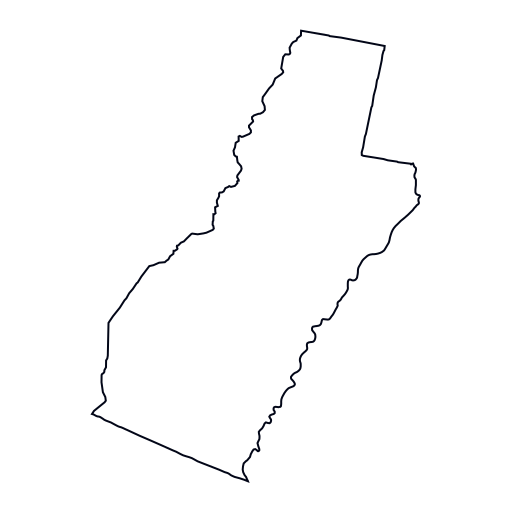 Nueva Concepción, Escuintla, Guatemala
{"feature_id": "79465075B35747325654374", "entity_name": "Nueva Concepción", "entity_type": "district", "adm_level": 2, "iso_a3": "GTM", "parent_name": "Guatemala", "parent_adm1": "Escuintla", "projection": "albers", "projection_center": [-91.282, 14.129], "detail": "fine", "context": "isolated", "style": "outline", "palette": "ink", "viewbox_px": 512, "rotation_deg": 0, "n_neighbors": 0, "source": "geoboundaries", "source_scale": "gbopen_adm2", "svg_char_len": 6085}
<svg xmlns="http://www.w3.org/2000/svg" viewBox="0 0 512 512"><path d="M416.6,205.4L417.2,204.9L418.0,204.4L418.5,203.9L418.9,203.1L418.8,202.1L418.4,200.9L418.4,200.2L418.4,199.0L418.8,198.2L419.2,197.5L419.7,197.0L420.0,196.3L419.8,195.6L419.3,195.2L418.4,195.1L417.1,194.6L416.2,193.9L415.8,193.3L415.4,192.3L415.4,189.3L415.9,185.1L415.9,182.7L415.9,181.6L415.9,180.9L415.9,179.9L415.5,178.8L415.0,178.1L414.5,177.2L414.4,175.7L414.5,174.8L414.6,174.2L415.1,173.3L415.5,172.2L415.8,170.9L416.0,169.8L416.0,169.0L415.7,167.8L414.9,167.2L414.1,166.3L413.8,165.5L413.1,163.5L412.2,163.6L411.5,164.3L410.8,164.3L410.4,163.7L398.1,162.2L397.0,161.6L387.8,160.3L383.3,159.0L363.3,155.8L361.8,155.1L361.7,152.3L363.1,147.4L364.9,136.5L365.9,134.0L371.4,107.3L372.2,105.9L373.7,95.6L375.9,87.3L377.0,80.1L378.0,78.0L381.7,60.5L382.4,55.0L383.5,51.0L384.2,50.2L384.7,46.0L341.1,37.6L329.6,36.1L328.8,35.5L301.1,30.7L300.9,35.5L297.4,38.1L296.4,40.6L293.3,42.0L291.8,43.6L289.6,47.7L289.8,50.1L290.3,52.9L289.9,53.8L288.8,54.5L285.3,54.3L283.2,56.9L281.2,68.5L283.0,70.9L283.2,72.3L281.8,73.9L275.2,78.5L272.7,84.6L269.1,88.4L264.4,95.0L262.8,97.1L262.3,101.2L264.6,106.2L264.9,109.9L263.0,112.2L260.2,113.7L258.5,113.8L254.0,115.4L252.0,117.1L252.1,119.2L252.9,120.2L253.1,121.5L249.0,125.6L249.0,127.3L250.9,130.4L250.9,132.4L249.4,133.9L242.9,136.7L241.6,136.9L239.8,135.9L238.6,136.5L238.7,140.9L235.7,142.8L235.0,147.3L233.5,150.7L234.2,154.9L235.7,156.4L236.9,156.7L237.3,160.4L237.7,162.4L239.1,163.9L241.1,166.3L241.6,168.7L241.0,170.6L237.4,175.4L237.2,176.3L237.1,177.1L238.7,180.0L238.7,180.7L238.0,180.7L237.2,181.4L237.4,183.1L234.9,185.9L231.0,186.9L229.2,186.1L228.2,186.9L225.4,188.1L223.7,191.4L222.0,192.4L219.7,192.6L219.1,193.5L219.1,196.3L218.3,198.0L216.9,200.3L216.9,202.7L217.8,205.9L215.1,207.3L215.3,211.6L215.6,213.2L214.3,214.3L213.4,214.2L213.3,220.7L212.8,221.4L212.6,224.8L213.3,225.9L213.8,228.6L212.7,229.9L206.4,232.7L203.4,233.4L197.7,234.3L192.2,233.6L191.3,234.0L186.9,238.3L183.9,241.4L180.9,242.7L178.3,245.4L177.0,245.7L176.8,246.7L177.5,248.7L177.1,249.3L174.8,250.8L173.6,250.8L173.4,253.8L170.1,256.2L168.3,259.5L166.6,260.6L164.8,262.2L159.1,262.7L153.4,265.2L149.3,266.1L141.4,276.5L137.7,282.5L136.6,283.3L132.8,289.0L129.2,293.2L126.4,298.3L124.5,300.3L119.8,307.7L112.9,316.3L109.6,321.2L108.5,322.9L107.8,355.7L107.3,358.5L106.1,360.4L106.0,367.3L104.4,370.2L104.3,371.9L103.4,373.2L102.2,373.9L101.6,375.0L101.5,382.3L102.9,392.2L105.3,397.0L105.8,400.7L104.6,402.3L101.0,405.2L94.0,410.9L92.0,414.0L93.6,414.5L96.1,415.9L96.6,416.1L97.4,416.4L98.0,416.5L99.0,416.6L100.3,417.1L101.1,417.6L102.0,418.2L102.8,418.7L104.3,419.8L106.0,420.6L111.0,422.5L113.9,424.1L116.7,425.6L118.3,426.4L119.7,426.9L121.2,427.3L123.3,428.2L125.6,429.3L127.0,429.9L139.5,435.7L149.7,440.1L160.6,444.9L172.9,450.4L176.1,451.7L180.2,453.9L183.1,455.3L186.2,456.3L189.0,457.1L191.8,458.1L194.2,459.4L197.6,461.3L203.7,463.7L219.1,469.7L224.6,472.1L227.5,473.0L228.5,473.5L229.5,474.1L230.6,475.0L231.9,475.7L234.6,476.9L239.8,478.3L244.3,479.8L248.0,481.3L247.8,480.7L247.2,479.7L246.1,477.0L244.6,475.1L243.2,472.2L242.7,469.6L243.0,466.4L243.7,463.4L245.9,461.2L247.2,460.3L250.0,457.0L250.8,454.2L252.3,451.3L253.6,449.5L255.2,449.1L256.5,449.9L257.7,451.1L258.6,451.1L259.3,450.3L259.3,449.1L258.3,446.2L257.5,443.1L258.4,441.1L259.4,439.1L259.5,437.1L259.5,435.9L259.0,433.7L258.8,431.9L259.9,430.4L262.1,428.4L263.5,426.1L264.6,423.5L265.9,422.4L267.9,423.0L269.6,423.2L270.6,422.3L271.1,420.8L271.0,419.5L269.8,417.7L269.3,416.7L270.1,415.4L271.6,414.6L273.7,414.0L274.7,413.1L274.7,411.6L273.6,409.9L273.6,408.2L274.2,407.2L275.4,406.8L277.2,407.0L278.6,407.2L279.5,406.9L280.4,406.8L280.9,406.2L281.1,404.9L281.2,403.7L281.2,401.2L281.3,400.2L281.4,399.3L281.8,398.2L282.1,397.3L282.6,396.3L284.3,393.2L285.7,391.2L286.7,390.0L288.0,388.7L288.8,388.1L290.9,387.2L292.0,386.8L292.9,386.4L293.5,386.2L294.3,385.4L294.8,384.6L294.8,383.8L294.5,383.0L294.1,382.3L293.6,381.5L293.1,380.9L292.3,380.0L291.7,379.4L291.2,378.8L291.0,378.0L291.0,376.9L291.9,375.6L293.3,374.1L294.3,373.3L295.5,372.6L296.4,372.3L297.1,371.9L298.2,371.1L299.1,370.3L299.5,369.8L299.9,369.3L300.3,368.5L300.6,367.1L300.7,366.3L300.7,365.1L300.7,364.1L300.6,363.2L300.3,362.3L300.1,361.7L299.9,360.7L299.9,359.9L299.9,359.2L300.0,358.6L300.2,357.9L300.7,356.6L301.1,355.8L301.7,354.9L302.3,354.1L304.3,352.2L305.2,351.5L305.9,350.8L306.5,350.2L307.1,349.2L307.2,348.5L307.2,347.9L306.9,345.9L306.9,344.6L307.2,343.4L307.7,343.0L308.5,342.5L309.4,342.3L310.5,342.1L311.8,342.0L313.1,341.7L313.8,341.2L314.3,340.6L314.8,339.7L315.2,338.3L315.4,337.1L315.4,336.2L315.2,334.5L314.9,333.8L314.4,333.0L313.7,332.2L313.1,331.4L312.2,330.3L312.1,329.6L312.0,328.6L312.3,327.4L313.1,326.6L314.4,326.4L315.2,326.2L316.3,326.1L317.4,325.9L318.2,325.8L318.8,325.6L319.6,325.3L320.2,324.8L320.8,324.1L321.3,322.8L321.6,321.5L321.8,320.6L322.0,320.0L322.8,319.2L323.6,319.1L324.8,319.3L325.9,319.4L326.8,319.5L327.7,319.6L328.5,319.5L329.3,319.2L329.9,318.6L330.6,317.7L331.4,316.5L332.7,314.9L333.4,313.8L334.0,312.7L335.6,309.6L336.8,307.6L337.6,305.9L337.7,305.3L337.5,304.4L337.5,303.7L337.6,303.0L337.8,302.4L338.3,301.7L339.5,300.9L340.7,299.7L342.0,297.4L343.5,295.8L344.9,294.2L346.0,292.6L347.3,290.3L347.8,289.0L347.9,287.9L347.8,286.4L347.8,284.9L347.8,283.4L347.9,282.0L348.0,281.3L348.6,280.1L349.3,279.6L350.0,279.5L351.0,279.8L352.1,280.3L352.8,280.4L353.5,280.4L354.8,280.1L355.6,279.6L356.1,279.0L356.7,278.3L357.1,277.4L357.3,276.1L357.7,274.1L357.9,272.1L357.9,270.7L358.1,268.9L358.5,267.5L359.3,266.0L360.2,264.5L361.1,262.8L362.4,260.6L363.6,259.2L365.6,257.4L367.2,256.0L368.3,255.3L369.2,254.9L370.6,254.5L372.6,254.2L374.0,254.2L376.0,254.0L377.9,253.6L380.1,252.9L381.8,252.1L382.8,251.4L384.1,250.4L384.9,249.2L388.4,243.3L388.9,242.3L389.5,240.1L390.0,237.4L390.8,234.7L391.7,232.1L392.7,230.0L393.8,228.2L395.6,226.0L397.4,224.3L400.9,220.8L404.2,218.1L408.0,214.8L412.7,210.2L414.4,207.9L415.8,206.5L416.6,205.4Z" fill="none" stroke="#020617" stroke-width="2"/></svg>